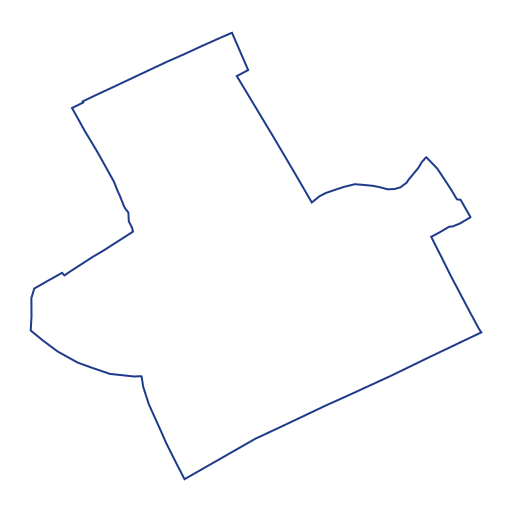 the district of Karmuz, Al Iskandariyah, Egypt
{"feature_id": "37247803B60489712487225", "entity_name": "Karmuz", "entity_type": "district", "adm_level": 2, "iso_a3": "EGY", "parent_name": "Egypt", "parent_adm1": "Al Iskandariyah", "projection": "natural_earth1", "projection_center": [29.903, 31.179], "detail": "fine", "context": "isolated", "style": "outline", "palette": "blue", "viewbox_px": 512, "rotation_deg": 0, "n_neighbors": 0, "source": "geoboundaries", "source_scale": "gbopen_adm2", "svg_char_len": 1818}
<svg xmlns="http://www.w3.org/2000/svg" viewBox="0 0 512 512"><path d="M72.0,108.0L79.0,120.5L84.5,130.5L95.4,148.6L98.7,154.3L113.9,181.6L117.6,190.9L118.6,193.2L119.7,195.4L121.0,198.7L124.1,206.5L124.9,207.9L125.8,209.3L128.4,212.6L128.8,221.3L132.0,227.7L133.0,231.6L130.7,233.1L103.9,250.3L103.1,250.8L92.7,256.9L85.3,261.7L70.4,271.3L64.5,275.4L63.7,274.7L63.4,274.3L62.1,272.8L47.1,281.2L34.3,288.5L34.1,288.8L33.9,289.5L33.7,290.4L31.4,298.1L31.5,316.5L31.0,325.1L30.7,330.5L42.9,340.5L57.5,351.4L69.1,357.9L77.9,362.7L90.6,367.3L109.9,373.9L134.2,376.5L139.7,376.2L140.7,376.3L141.6,376.4L143.2,386.8L148.8,404.2L160.8,430.8L166.2,443.1L177.7,466.0L177.9,466.3L178.0,466.5L180.7,471.7L184.5,479.2L255.4,438.7L260.6,436.3L283.0,425.8L292.1,421.5L326.0,405.4L345.2,396.8L346.3,396.3L347.4,395.8L391.6,375.5L428.8,357.4L467.6,338.9L481.3,332.4L480.1,330.6L478.9,328.8L471.6,315.2L470.8,313.8L470.0,312.3L465.1,303.0L458.8,291.0L458.0,289.5L457.3,288.1L454.0,282.0L449.3,272.9L445.9,266.0L440.9,255.9L439.7,253.7L438.6,251.5L431.2,236.8L439.0,232.7L449.2,226.7L450.8,226.6L452.4,226.5L459.7,223.6L470.4,217.3L470.3,216.8L470.1,216.4L460.6,199.8L458.8,199.6L456.9,199.3L450.7,188.9L437.3,168.6L426.4,157.3L426.0,157.6L425.5,157.9L421.6,162.4L418.3,168.0L409.3,178.8L407.9,180.7L406.6,182.7L400.5,187.3L394.6,189.0L387.6,189.3L379.0,187.0L372.1,185.7L371.8,185.7L371.4,185.7L362.5,184.8L357.1,184.4L356.1,184.3L355.0,184.2L344.2,186.8L334.5,190.0L325.8,193.0L319.4,196.3L311.8,202.5L295.8,174.9L271.1,133.0L270.7,132.5L270.4,131.9L245.5,90.5L236.8,76.1L248.2,70.0L248.1,69.8L248.0,69.6L247.5,68.5L232.0,32.8L231.2,33.1L230.4,33.4L219.6,38.1L202.5,45.7L185.7,53.5L166.4,62.0L124.1,81.9L115.9,85.8L104.0,91.3L94.4,95.8L86.9,99.4L82.7,101.4L83.2,102.5L72.0,108.0Z" fill="none" stroke="#1e3a8a" stroke-width="2"/></svg>